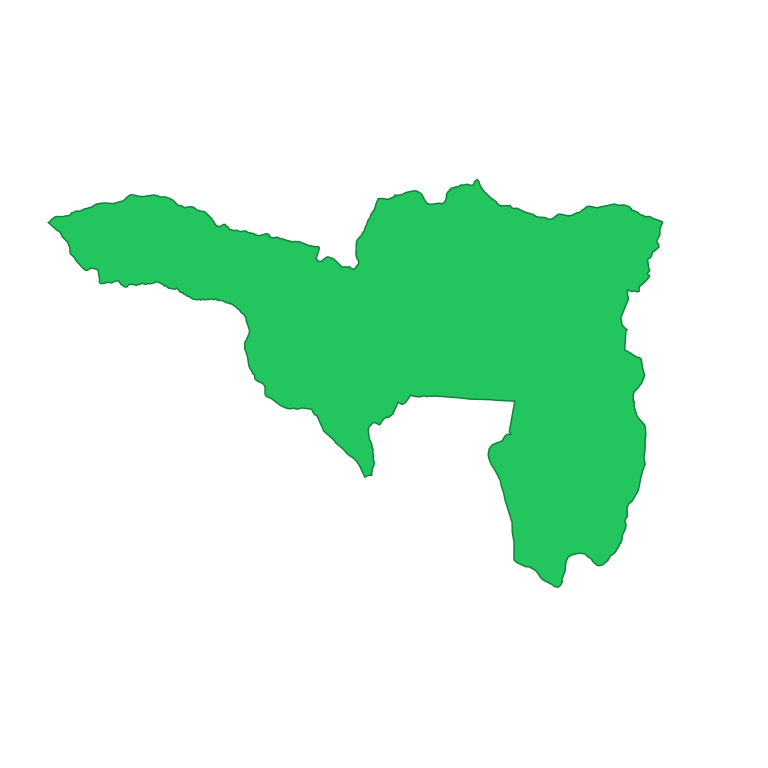 Palanca, Bacau, Romania (Equal Earth projection), rotated 260°
{"feature_id": "2599482B22231725486126", "entity_name": "Palanca", "entity_type": "district", "adm_level": 2, "iso_a3": "ROU", "parent_name": "Romania", "parent_adm1": "Bacau", "projection": "equal_earth", "projection_center": [26.107, 46.519], "detail": "fine", "context": "isolated", "style": "filled", "palette": "green", "viewbox_px": 768, "rotation_deg": 260, "n_neighbors": 0, "source": "geoboundaries", "source_scale": "gbopen_adm2", "svg_char_len": 6157}
<svg xmlns="http://www.w3.org/2000/svg" viewBox="0 0 768 768"><g transform="rotate(260 384 384)"><path d="M177.7,581.9L182.8,586.8L185.3,588.0L186.3,589.6L189.9,591.6L193.4,592.3L199.6,596.7L203.7,598.0L207.6,597.5L209.7,598.8L211.4,600.8L220.2,601.9L223.5,604.3L225.7,608.2L235.1,616.0L247.3,620.8L253.5,623.6L259.6,627.2L267.1,627.3L273.2,629.5L284.3,631.7L288.1,632.9L296.1,633.9L298.6,633.5L306.8,628.4L309.7,627.4L318.3,626.5L323.5,627.3L323.7,626.6L325.3,626.7L330.0,627.5L333.0,629.2L336.0,633.4L340.2,637.9L347.0,642.2L354.1,641.5L363.4,641.6L365.5,640.4L366.0,639.7L365.7,639.1L367.6,636.3L372.0,631.8L375.8,626.9L394.7,631.6L395.5,632.8L396.4,631.6L400.3,629.0L401.6,628.6L405.9,628.9L407.8,628.5L425.4,639.6L430.1,639.3L434.2,640.3L431.9,644.6L432.3,646.9L430.6,649.4L431.2,650.8L431.0,651.4L433.9,651.8L436.1,653.0L436.8,654.8L439.7,659.5L443.9,664.3L444.9,664.4L445.4,663.3L446.5,662.6L447.7,662.8L448.5,664.6L449.4,665.4L452.9,664.8L460.6,665.2L461.5,666.0L461.8,667.8L463.4,669.6L467.2,671.3L468.1,673.7L471.1,678.4L473.3,678.7L477.3,677.2L482.8,681.5L488.8,682.7L495.1,686.5L495.9,685.7L500.8,676.9L502.5,675.1L503.0,673.8L503.4,670.2L505.2,668.3L505.5,666.9L507.5,664.5L508.3,664.3L509.9,662.4L511.7,659.7L512.0,658.1L513.5,658.1L516.2,656.0L518.3,652.2L519.0,649.9L519.1,646.5L521.2,642.1L520.6,624.2L523.3,617.5L523.5,615.0L519.1,606.3L519.1,603.6L517.4,598.2L517.7,594.3L520.7,587.0L520.9,584.9L517.4,578.3L517.3,576.0L518.7,573.0L519.9,571.7L521.7,564.4L522.9,562.4L524.8,560.7L529.5,551.6L534.1,545.5L534.1,542.8L535.3,540.3L537.7,539.3L538.9,532.5L538.6,531.9L540.0,528.7L542.3,526.7L544.0,526.1L549.4,521.0L556.9,515.6L562.5,513.2L566.8,512.6L569.2,511.4L567.9,508.8L564.6,506.6L564.5,504.0L566.4,500.3L566.0,498.1L566.6,493.7L565.5,492.2L565.6,487.9L564.9,486.5L565.3,484.2L564.2,483.6L563.9,482.3L562.9,482.4L562.4,480.8L561.2,479.4L559.3,478.2L557.3,478.1L554.4,476.6L552.3,474.8L551.5,473.1L552.5,469.6L552.7,462.3L553.3,459.5L554.5,457.9L557.2,456.3L564.2,454.1L566.1,452.5L568.7,449.1L569.0,446.5L568.8,439.1L567.3,434.0L567.5,429.6L568.2,427.5L566.6,426.9L566.5,425.1L565.3,421.6L565.5,418.5L566.8,415.2L567.6,410.5L562.2,407.1L558.1,405.3L552.9,400.3L549.9,399.0L548.2,396.8L544.2,394.7L541.0,392.3L538.7,391.5L536.4,389.0L534.8,388.1L530.8,383.0L528.6,381.5L516.2,378.8L511.8,379.3L510.5,380.2L507.0,380.0L502.0,374.5L504.1,371.3L505.4,370.4L506.5,362.9L514.7,357.1L516.9,354.9L516.7,353.9L517.7,353.2L519.0,350.8L518.5,348.4L515.6,343.4L516.0,341.3L519.0,338.7L528.0,343.6L530.1,343.8L530.7,343.0L531.4,339.4L533.7,333.4L538.9,325.3L538.7,323.9L539.8,322.1L539.3,320.1L540.3,318.4L540.3,316.8L541.2,316.1L541.7,314.3L544.4,309.6L545.4,306.4L546.6,305.4L547.3,303.7L546.9,301.2L548.0,298.3L549.1,296.4L550.6,297.0L552.1,295.2L552.4,293.8L551.7,286.9L552.8,284.1L554.8,281.6L556.7,276.6L558.9,274.1L559.0,268.9L561.0,265.6L561.2,262.5L563.4,258.5L565.6,257.6L566.6,256.2L568.5,255.5L568.8,254.9L568.9,253.4L567.5,249.9L567.8,248.5L569.5,246.0L576.8,243.1L584.8,237.4L585.9,234.0L588.0,229.6L590.0,228.3L591.9,225.8L592.5,220.6L592.1,218.9L592.6,217.6L594.9,215.2L595.6,212.3L601.8,208.0L604.0,205.0L606.4,200.6L606.6,197.6L610.1,190.3L610.4,179.6L611.3,175.4L613.3,171.0L614.3,167.3L612.6,163.3L609.7,159.3L608.7,148.7L610.9,140.0L611.2,134.5L610.7,133.3L611.3,132.1L608.8,126.3L608.8,123.3L608.2,121.0L608.5,119.6L607.1,115.2L607.0,113.3L607.9,111.4L606.8,108.0L606.8,106.0L605.0,104.5L604.4,102.8L604.8,100.3L604.6,96.3L605.8,91.0L605.6,88.9L604.0,85.5L602.1,83.5L601.3,81.5L592.9,88.0L590.1,91.0L587.0,92.3L585.2,92.6L578.6,97.0L572.8,98.3L568.0,97.6L566.4,97.9L562.6,100.9L559.0,102.1L550.4,107.6L547.8,109.9L547.5,111.8L548.8,114.5L548.6,117.1L546.5,121.7L545.5,122.1L535.9,122.0L533.9,121.3L532.3,122.2L531.7,124.2L532.1,130.5L530.8,133.4L532.0,137.2L531.7,140.4L528.3,142.0L525.2,144.7L524.3,146.7L524.2,147.6L526.3,150.1L526.3,151.0L525.9,153.4L524.2,157.2L525.1,163.5L523.7,166.1L523.5,167.6L523.9,168.6L523.2,171.9L524.1,178.7L519.7,184.3L518.6,184.6L518.6,186.2L515.9,188.3L513.8,193.7L513.7,195.0L514.2,195.5L514.4,196.8L510.1,199.1L509.3,200.2L509.1,201.6L507.2,202.5L506.1,204.6L504.3,205.8L504.2,207.0L503.6,208.0L502.4,208.6L500.9,210.4L499.3,214.6L499.6,215.3L499.5,216.6L498.4,218.1L499.5,220.2L498.3,220.8L497.6,226.7L497.9,229.5L496.8,230.5L496.4,231.6L497.0,232.8L496.8,233.4L495.1,234.9L495.1,236.7L493.7,240.2L492.6,241.1L491.3,243.3L490.5,245.6L489.6,246.3L489.7,247.3L489.3,247.8L484.9,252.1L482.7,253.5L482.1,254.7L480.5,255.0L478.7,256.1L476.8,258.1L472.8,259.6L470.1,259.3L460.6,260.9L456.4,259.9L455.7,258.9L451.5,256.3L449.5,254.4L447.0,253.6L444.0,253.5L444.0,253.1L443.2,253.0L435.1,254.3L426.1,254.1L422.7,254.6L420.3,255.8L416.9,256.6L416.0,258.0L411.3,257.8L408.5,260.3L405.7,264.6L402.1,266.4L395.0,265.1L392.5,265.7L388.8,271.0L381.0,278.1L377.6,282.9L376.0,286.3L375.8,290.8L374.3,293.9L374.7,298.9L371.7,308.3L366.6,309.8L364.0,312.7L348.1,316.5L337.0,325.3L334.5,326.2L327.2,332.3L321.0,336.1L316.1,341.2L311.9,344.0L307.1,345.9L295.7,348.9L296.8,352.8L296.2,356.1L297.5,356.1L303.3,358.3L307.6,360.9L311.4,360.3L315.6,361.3L318.5,361.0L321.3,361.8L328.8,361.1L332.9,360.0L342.2,360.6L344.0,361.5L347.5,366.1L347.8,368.0L344.5,372.6L349.8,377.7L350.8,380.6L350.3,382.7L352.9,387.5L363.4,394.6L360.7,398.6L362.2,402.2L368.6,408.6L367.1,410.4L365.1,416.6L365.4,421.9L364.2,423.6L364.2,426.5L363.7,427.8L363.2,432.5L357.1,456.6L354.3,465.6L350.0,486.5L348.4,491.9L344.4,509.8L317.1,499.8L314.9,499.1L312.4,500.3L312.3,499.0L313.1,496.9L311.8,494.1L307.5,490.7L305.4,480.3L302.0,476.4L296.7,474.4L292.7,474.3L286.0,475.7L278.9,478.7L268.0,481.9L263.4,481.8L256.1,482.9L248.3,483.1L225.5,486.1L215.8,484.6L205.8,484.6L188.5,481.5L185.7,483.3L184.4,484.7L179.5,491.8L178.8,495.0L174.4,500.5L170.4,503.0L165.8,504.8L163.1,507.0L156.9,515.2L154.8,516.9L153.7,520.3L155.0,522.7L157.9,525.1L161.1,525.5L168.4,529.9L173.8,531.2L178.2,533.0L181.4,535.1L182.3,537.2L183.1,539.7L183.5,546.9L181.8,552.4L178.6,554.6L176.2,557.5L172.6,559.0L169.6,561.2L168.1,563.0L167.6,565.3L168.1,568.2L169.6,570.8L171.6,574.1L175.2,577.0L177.7,581.9Z" fill="#22c55e" stroke="#15803d" stroke-width="1.5"/></g></svg>